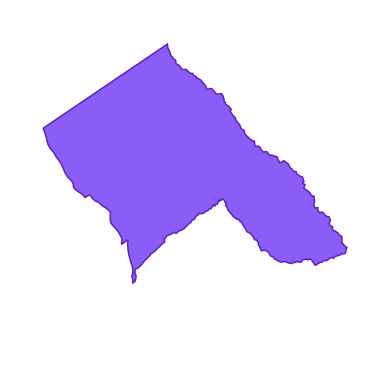 Zonda, San Juan, Argentina (Robinson projection), rotated 146°
{"feature_id": "61730980B79956801813082", "entity_name": "Zonda", "entity_type": "district", "adm_level": 2, "iso_a3": "ARG", "parent_name": "Argentina", "parent_adm1": "San Juan", "projection": "robinson", "projection_center": [-68.949, -31.574], "detail": "fine", "context": "isolated", "style": "filled", "palette": "violet", "viewbox_px": 384, "rotation_deg": 146, "n_neighbors": 0, "source": "geoboundaries", "source_scale": "gbopen_adm2", "svg_char_len": 5951}
<svg xmlns="http://www.w3.org/2000/svg" viewBox="0 0 384 384"><g transform="rotate(146 192 192)"><path d="M276.6,211.8L276.2,207.0L275.5,203.4L275.3,198.5L275.8,196.2L275.9,194.2L276.4,192.0L279.4,188.6L279.6,188.1L272.1,188.1L272.1,187.8L272.4,187.2L273.9,185.7L274.5,184.9L276.3,181.5L276.7,181.1L277.7,179.2L278.0,178.2L278.9,176.8L279.0,176.0L279.4,175.4L280.2,173.2L280.8,171.2L281.9,168.3L282.1,167.4L282.3,166.9L282.4,165.8L282.9,164.3L284.2,161.5L285.0,160.0L287.0,157.3L287.6,157.1L287.8,156.7L288.6,156.2L289.0,155.7L289.5,154.4L289.9,152.6L291.3,150.9L291.9,149.6L291.0,149.6L289.0,149.9L287.7,151.2L287.1,151.4L286.2,152.3L285.7,153.4L285.4,153.7L285.0,154.4L284.5,156.7L282.7,159.5L280.8,159.7L279.8,159.3L277.5,159.2L276.3,159.7L273.1,160.3L270.3,161.4L269.1,161.5L268.2,161.9L266.8,162.0L264.6,162.5L263.5,162.4L262.6,162.9L261.6,163.1L261.2,163.5L260.5,163.7L258.5,163.5L257.7,163.7L255.6,163.7L251.6,164.6L249.1,164.9L247.0,165.5L246.2,165.5L244.6,165.8L243.2,165.6L242.6,165.9L241.6,167.6L241.1,168.2L237.7,169.6L235.7,169.4L234.3,168.9L233.4,169.0L231.4,168.5L230.6,168.7L229.5,168.5L228.9,168.3L228.8,167.3L228.5,166.8L226.7,166.7L224.3,167.0L222.1,166.3L220.7,166.3L219.4,165.9L218.6,166.1L217.0,166.9L215.3,166.7L212.9,167.4L209.7,167.5L207.7,168.5L207.2,168.5L205.4,168.0L203.0,169.3L201.6,169.7L200.3,169.5L199.6,169.8L198.9,169.8L198.4,170.3L197.8,170.3L197.5,170.1L197.0,169.2L196.2,168.6L195.3,168.3L193.0,168.0L191.8,168.4L190.0,167.9L188.8,167.8L187.4,168.3L185.5,167.5L184.8,168.1L182.4,168.6L181.2,169.3L181.0,168.9L181.1,168.1L180.9,167.8L180.6,167.6L179.8,167.8L179.1,168.5L178.5,168.5L178.1,168.3L177.6,167.8L177.3,168.0L176.6,168.9L175.8,169.1L174.9,168.9L174.7,169.1L174.6,169.8L174.2,170.0L173.9,170.0L173.0,169.1L172.4,168.8L172.0,168.9L171.2,169.5L170.9,169.5L170.6,169.2L169.9,167.4L169.9,166.3L170.4,165.3L170.0,164.5L169.9,163.7L171.2,162.7L171.5,162.0L171.5,159.5L172.2,157.2L172.0,154.4L171.6,151.3L171.5,148.9L171.2,147.6L170.7,146.9L170.5,145.5L170.2,144.9L169.9,144.3L169.0,143.5L168.5,142.4L168.4,141.9L168.7,140.8L168.7,140.3L167.7,139.5L167.5,139.0L168.2,137.5L168.3,136.4L168.0,135.2L168.0,134.4L168.3,133.1L168.2,131.2L168.7,129.2L168.6,128.1L168.4,127.5L168.0,127.1L167.1,125.6L166.3,121.2L166.3,120.4L166.1,119.9L166.7,118.9L166.7,117.8L166.5,117.1L165.5,116.3L165.3,115.9L165.3,114.0L165.7,112.7L166.4,111.3L166.5,109.0L167.3,105.3L167.3,104.9L167.2,104.3L167.0,104.1L165.9,103.9L164.7,103.3L163.5,102.2L162.3,99.5L162.2,98.5L162.5,97.1L162.6,95.4L162.5,95.0L161.9,93.9L161.3,93.3L161.0,92.8L161.1,90.3L160.5,89.2L159.6,88.2L159.3,86.9L158.7,85.9L158.3,85.6L157.9,84.6L157.2,83.8L154.3,82.7L150.8,78.3L149.4,77.0L147.8,77.0L146.0,75.9L145.1,75.9L144.3,75.7L143.7,75.4L143.0,74.5L142.0,73.8L140.8,72.8L139.3,73.5L138.1,73.7L137.1,73.5L135.0,72.2L134.4,72.1L133.9,70.9L132.5,70.6L131.1,69.9L130.8,69.5L131.0,66.8L130.7,65.7L131.1,64.3L130.9,63.6L130.9,62.9L130.5,62.5L130.2,62.0L128.1,62.3L126.6,62.0L125.3,62.1L124.3,61.4L122.7,61.1L121.3,61.4L119.5,60.5L119.1,59.9L118.7,59.8L117.4,60.0L116.7,59.7L114.5,60.2L114.1,60.1L113.4,59.9L112.7,59.4L111.7,57.8L109.3,58.6L108.7,58.5L107.4,57.8L105.2,57.1L104.3,57.1L103.1,56.8L102.8,56.9L102.2,56.8L101.7,56.6L100.7,55.8L100.2,55.6L99.0,55.6L97.8,56.5L95.9,58.6L95.3,59.1L94.6,59.2L95.3,61.0L95.9,64.7L95.9,65.8L95.2,67.4L93.2,70.2L92.8,71.3L93.0,72.6L94.0,74.2L94.0,74.9L93.9,76.2L94.0,76.7L94.4,77.6L95.4,80.1L95.7,80.5L96.3,81.0L96.4,81.9L96.2,82.9L95.3,84.2L95.1,84.2L95.1,84.8L95.8,86.2L96.3,86.6L96.4,86.9L95.9,88.7L94.9,89.9L94.4,90.3L93.1,91.0L92.5,93.9L92.3,94.6L93.6,96.2L94.2,97.2L94.5,98.1L94.9,102.0L96.4,103.1L97.8,103.7L98.1,104.0L97.6,107.1L96.4,108.7L98.2,109.6L99.2,110.3L97.9,113.5L95.2,116.3L94.5,117.7L94.1,119.2L93.4,119.8L93.2,120.1L93.2,120.4L93.7,120.5L94.4,121.6L94.7,122.6L95.0,123.9L94.7,125.2L95.1,127.6L96.3,130.3L96.9,131.5L97.1,132.0L97.1,132.6L94.2,135.0L94.3,135.4L95.4,136.9L95.2,137.5L94.1,138.1L93.4,138.0L92.6,140.7L92.2,141.6L92.1,142.9L94.0,145.3L94.4,147.2L95.0,148.6L94.9,149.4L94.4,150.1L94.3,150.6L95.1,151.2L96.1,152.3L96.5,156.0L96.9,156.9L97.0,158.3L96.7,159.4L96.5,161.4L96.9,162.2L97.2,163.6L97.7,165.0L98.7,166.9L99.3,166.5L101.3,166.7L103.0,167.5L102.6,168.7L102.5,171.7L101.7,173.0L102.1,174.2L103.1,175.2L103.5,175.3L105.2,178.0L106.7,178.8L107.1,179.2L107.4,183.2L107.8,183.9L108.1,184.2L110.0,184.9L110.6,185.6L111.0,188.3L110.7,190.8L110.8,191.7L111.1,192.5L113.8,194.6L114.0,195.2L113.3,196.6L111.8,199.1L114.1,202.6L115.8,210.5L114.4,213.6L115.4,216.1L115.7,217.9L114.9,220.6L115.1,222.5L115.4,227.5L114.5,229.3L115.2,232.1L115.3,233.4L115.1,234.9L115.3,235.4L115.2,237.5L113.6,238.3L113.2,239.1L113.6,240.6L113.5,242.1L113.8,242.7L115.0,246.2L114.2,247.7L114.5,248.5L114.5,249.5L114.1,250.3L113.3,251.3L113.3,252.5L112.3,255.3L112.5,256.5L112.8,257.2L116.5,259.1L116.9,259.4L117.5,261.2L117.0,262.6L117.1,263.1L117.7,264.5L117.6,265.5L117.8,266.5L119.5,268.0L120.9,267.8L122.0,269.1L121.4,273.2L122.1,279.1L122.0,279.9L122.8,281.2L123.0,282.1L124.0,283.5L124.3,284.1L124.0,285.4L125.2,287.3L125.3,287.8L125.3,288.8L125.1,289.9L125.8,290.0L126.7,291.3L128.0,294.3L128.0,296.6L129.0,297.4L130.5,298.0L131.9,300.0L131.6,302.5L132.2,305.0L133.1,306.3L133.3,307.3L133.2,308.1L132.3,309.4L132.1,309.9L132.1,311.0L133.0,313.0L132.8,314.8L133.3,316.4L132.6,318.4L132.2,320.8L131.7,322.2L131.5,324.8L129.7,328.4L279.7,328.1L280.9,323.2L282.5,318.2L284.6,312.6L285.0,310.3L285.2,306.7L284.7,304.8L284.6,301.7L284.9,297.3L284.6,289.7L285.1,287.0L285.1,285.6L286.4,279.5L286.8,273.9L286.1,271.3L285.7,268.5L285.6,266.8L286.1,264.8L287.3,263.0L287.6,261.1L287.5,259.9L287.3,258.9L286.0,255.6L285.2,254.1L284.3,251.6L284.1,250.5L283.9,247.8L283.5,247.3L283.2,247.2L279.5,247.1L278.7,246.5L278.3,245.9L278.1,245.6L278.1,242.2L277.9,241.0L277.1,238.8L275.0,235.3L274.3,231.2L272.5,227.5L270.9,222.2L271.0,221.1L271.7,219.8L275.1,215.0L276.6,211.8Z" fill="#8b5cf6" stroke="#5b21b6" stroke-width="1.5"/></g></svg>